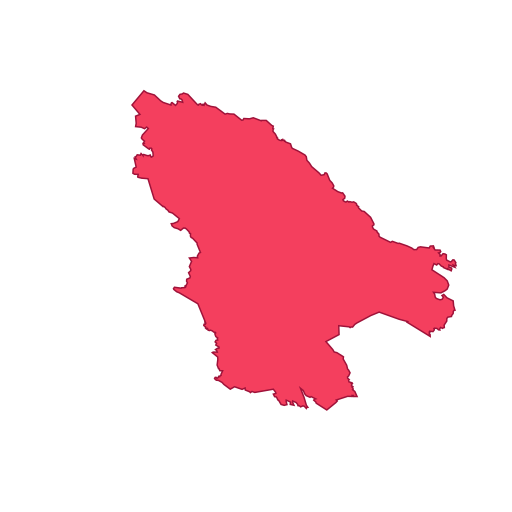 Aronas pag., Madona, Latvia, rotated 39°
{"feature_id": "27541924B19624181266417", "entity_name": "Aronas pag.", "entity_type": "district", "adm_level": 2, "iso_a3": "LVA", "parent_name": "Latvia", "parent_adm1": "Madona", "projection": "equal_earth", "projection_center": [26.1, 56.896], "detail": "fine", "context": "isolated", "style": "filled", "palette": "rose", "viewbox_px": 512, "rotation_deg": 39, "n_neighbors": 0, "source": "geoboundaries", "source_scale": "gbopen_adm2", "svg_char_len": 6132}
<svg xmlns="http://www.w3.org/2000/svg" viewBox="0 0 512 512"><g transform="rotate(39 256 256)"><path d="M442.0,208.9L440.6,207.4L439.9,207.6L439.1,206.7L439.2,206.2L438.5,206.0L438.3,205.2L441.1,203.4L441.1,201.4L440.5,200.5L440.0,200.5L440.0,199.9L442.2,198.4L444.3,198.5L445.4,197.8L444.7,197.4L444.4,195.4L446.6,194.8L446.7,194.0L447.4,193.1L445.7,191.3L445.2,186.5L443.6,184.5L443.6,182.7L446.0,180.0L445.5,179.1L445.4,176.6L444.2,174.9L444.1,173.4L444.7,172.9L441.0,170.4L437.5,166.8L430.8,168.3L426.1,167.7L425.4,169.7L427.5,170.1L427.9,172.5L426.6,174.2L424.7,174.9L422.9,175.5L421.2,175.2L418.7,173.1L416.8,172.5L422.9,168.3L424.7,164.2L425.4,161.4L424.1,157.3L420.3,155.0L415.8,154.5L401.4,156.0L399.9,152.6L399.1,149.9L402.1,149.3L402.1,147.5L403.2,146.8L406.3,147.2L408.4,146.6L408.9,147.0L413.4,145.8L413.0,145.3L417.0,144.7L416.3,142.8L415.4,142.3L412.9,143.3L411.6,141.6L417.6,139.6L415.2,138.8L416.9,138.3L417.6,137.6L415.7,136.3L415.5,135.4L412.4,134.4L411.4,135.1L411.3,137.4L410.8,138.3L406.8,139.2L405.7,138.5L403.2,135.3L401.6,135.5L399.9,136.5L399.8,139.5L399.0,140.2L398.0,138.9L395.9,138.7L396.9,137.1L396.8,136.3L395.3,135.6L391.4,138.6L388.8,137.9L389.2,137.5L387.5,136.5L385.2,138.6L385.5,140.8L378.0,145.4L376.6,147.3L376.8,149.9L374.7,151.7L372.0,151.8L367.0,153.1L359.3,155.9L358.5,156.8L352.7,158.8L352.0,160.7L340.6,163.3L339.2,163.2L337.7,161.6L335.1,161.2L334.2,160.5L330.4,161.1L328.4,160.3L327.5,159.3L328.0,157.6L327.4,156.8L320.7,153.8L312.1,153.3L309.8,154.5L305.6,154.1L304.8,153.7L304.7,153.1L302.2,153.2L301.7,152.4L300.7,152.1L298.7,152.3L297.8,152.5L296.8,153.8L294.7,154.7L294.3,155.6L292.4,155.8L292.0,157.4L291.6,157.7L289.2,158.1L288.1,157.5L288.6,155.3L287.5,153.5L283.6,152.4L282.8,153.2L279.1,154.5L272.8,155.2L272.9,153.7L272.4,152.6L269.3,151.3L265.7,150.8L259.6,147.4L258.3,147.3L257.3,148.0L257.8,149.9L255.8,152.3L253.0,151.8L243.0,151.5L239.1,150.2L235.3,149.6L232.6,147.2L230.5,146.7L222.8,147.9L216.8,149.4L215.6,149.3L212.2,147.1L207.5,148.7L206.6,148.4L206.0,148.9L205.3,148.2L204.3,149.0L203.5,148.6L203.5,149.1L203.0,149.4L203.5,149.8L203.1,150.3L201.5,151.2L198.8,151.5L198.4,150.7L197.5,150.8L197.3,150.4L194.4,149.1L190.8,148.5L189.5,146.6L189.6,146.2L188.8,146.3L187.7,144.2L186.1,144.6L178.6,144.2L175.0,147.1L175.0,147.6L166.9,150.3L164.6,153.5L160.0,156.8L160.3,158.5L159.5,159.5L149.6,159.6L146.1,162.2L144.0,163.2L142.7,165.2L131.1,165.7L126.7,168.2L123.0,169.5L120.1,169.0L120.8,171.7L120.2,171.9L120.0,171.3L119.4,171.3L119.2,171.6L119.5,172.5L118.5,172.9L117.1,172.5L116.1,174.0L116.3,174.9L115.4,175.3L101.3,173.3L97.1,175.0L96.7,176.5L95.2,178.2L95.3,180.6L97.8,181.8L98.7,181.2L100.5,181.3L102.3,182.7L97.5,184.9L97.5,185.5L98.5,186.2L98.8,187.0L98.7,189.6L94.2,189.6L93.9,190.1L94.1,191.1L94.9,192.2L87.2,195.1L84.1,195.4L75.7,194.8L68.5,197.8L64.9,198.1L64.6,216.7L76.7,219.0L74.4,223.1L79.4,228.3L81.0,231.2L85.8,228.1L89.3,227.2L89.9,224.6L92.1,224.7L91.6,233.5L92.6,236.4L94.3,236.9L97.1,236.9L97.3,238.7L98.2,238.9L97.4,239.7L98.4,240.6L105.3,240.3L105.8,240.1L105.3,239.8L105.7,238.9L106.8,238.1L107.5,238.2L108.4,239.5L110.4,240.1L112.3,242.0L113.1,242.9L112.6,244.9L112.0,245.1L110.2,244.1L109.6,245.4L108.4,246.4L104.8,247.8L104.4,248.6L104.9,249.1L102.2,248.7L102.6,250.5L100.0,252.1L100.2,254.2L99.7,255.2L101.9,256.1L100.0,256.8L106.9,262.3L105.8,264.9L105.9,265.8L108.3,269.2L110.2,268.9L113.1,266.7L114.2,268.9L114.7,269.1L118.1,267.5L123.4,263.9L141.0,275.8L152.3,276.1L152.2,275.9L153.6,275.5L154.9,275.5L156.3,276.0L158.7,275.9L160.7,276.5L164.0,275.2L172.9,275.2L173.6,278.5L171.4,282.6L169.8,284.2L171.8,285.4L174.6,285.4L178.3,283.9L181.3,283.5L182.0,280.0L183.4,278.9L185.0,278.8L188.8,279.3L189.9,280.1L191.0,279.8L192.5,281.8L193.8,282.4L195.8,282.1L202.1,283.0L202.8,283.9L210.6,288.2L209.9,289.6L210.5,293.0L211.8,294.1L208.6,296.3L205.5,299.5L209.3,300.7L210.9,306.2L213.7,307.4L214.5,308.5L214.1,311.4L217.8,313.2L218.4,314.6L216.8,317.7L217.9,319.3L219.6,320.0L220.2,322.7L219.8,323.6L220.5,323.9L220.1,324.3L220.8,324.6L220.7,325.2L218.1,327.6L218.1,328.1L212.3,331.6L212.4,333.3L213.2,333.7L216.9,333.7L219.4,332.9L240.9,329.7L258.7,339.5L258.1,339.7L259.5,340.9L258.6,341.8L259.2,342.9L261.4,342.8L261.9,343.7L263.6,343.9L263.9,343.5L263.4,343.1L263.9,342.8L265.4,343.8L266.8,343.2L267.2,342.4L269.1,341.7L271.1,341.7L272.6,340.9L273.1,341.2L272.9,342.2L273.8,342.9L275.5,343.9L277.8,343.8L277.9,344.5L279.1,345.4L278.0,346.7L278.3,348.5L280.3,348.6L280.8,350.5L284.4,350.0L285.2,350.7L284.7,351.7L284.2,351.8L283.4,354.2L284.9,354.2L286.4,355.1L283.2,357.6L282.8,358.6L289.8,358.6L291.5,360.5L294.4,365.2L297.7,367.1L298.1,366.8L300.1,367.9L302.3,366.2L303.3,370.0L304.0,370.8L303.4,372.0L303.7,372.7L302.7,373.1L303.1,374.1L302.6,375.6L301.3,375.4L300.7,376.0L300.8,377.2L302.1,377.6L303.5,377.4L305.1,376.3L309.2,375.6L311.9,376.0L319.8,375.7L321.6,371.1L329.1,368.4L330.6,365.5L332.0,366.9L336.6,365.5L337.6,365.7L338.1,363.8L340.9,362.8L353.3,348.6L356.9,349.5L357.9,350.3L356.4,352.4L359.0,353.6L360.4,352.8L361.3,353.0L363.5,354.1L365.0,354.1L368.9,355.6L371.9,354.3L373.6,352.0L370.9,350.0L370.2,349.0L374.7,347.8L376.0,349.8L379.4,348.1L376.6,346.7L375.8,345.6L379.4,344.6L381.8,345.1L382.8,345.9L384.1,345.1L385.6,345.2L386.8,342.9L388.2,342.4L391.0,342.8L390.7,341.9L391.5,341.0L389.1,340.3L382.4,335.7L373.8,330.8L377.4,330.8L380.8,332.5L383.0,332.9L386.9,331.8L387.3,330.6L392.2,329.5L391.5,330.5L391.6,331.7L394.3,331.8L395.4,332.5L407.9,331.1L410.3,319.7L410.4,317.6L409.0,317.4L415.5,307.4L419.7,304.2L418.6,303.8L419.3,303.2L420.4,303.7L423.0,301.6L418.1,299.1L415.2,299.1L415.3,298.4L414.5,297.7L413.4,297.5L413.5,296.6L411.9,296.8L411.5,295.6L410.4,295.1L411.0,294.3L410.5,294.1L407.4,295.3L405.9,294.0L406.1,293.4L404.1,293.3L403.2,292.3L403.5,290.9L402.6,287.6L399.8,286.4L398.3,286.2L395.2,283.8L388.6,281.2L387.4,279.3L379.7,280.2L377.1,281.4L374.6,280.4L364.2,278.5L370.0,264.8L364.2,258.1L373.0,252.4L374.2,252.4L374.5,251.4L375.8,250.4L375.8,247.0L376.6,244.4L382.7,230.0L387.0,222.1L407.0,215.1L415.1,211.5L415.0,212.4L442.0,208.9Z" fill="#f43f5e" stroke="#9f1239" stroke-width="1.5"/></g></svg>